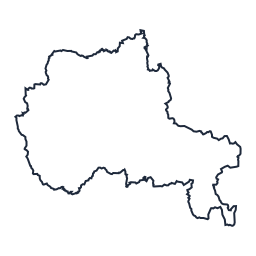 Meiktila, Mandalay, Myanmar
{"feature_id": "60261553B62690814577767", "entity_name": "Meiktila", "entity_type": "district", "adm_level": 2, "iso_a3": "MMR", "parent_name": "Myanmar", "parent_adm1": "Mandalay", "projection": "mercator", "projection_center": [96.117, 20.958], "detail": "fine", "context": "isolated", "style": "outline", "palette": "slate", "viewbox_px": 256, "rotation_deg": 0, "n_neighbors": 0, "source": "geoboundaries", "source_scale": "gbopen_adm2", "svg_char_len": 5756}
<svg xmlns="http://www.w3.org/2000/svg" viewBox="0 0 256 256"><path d="M42.9,184.3L43.7,184.6L46.8,183.5L47.6,185.0L50.4,186.8L50.9,187.9L53.8,188.9L54.1,189.7L56.6,189.3L58.9,188.1L59.8,188.3L60.9,187.8L61.4,187.0L62.8,186.8L63.3,187.1L63.0,188.0L63.8,188.7L63.4,189.0L63.9,189.1L63.9,189.8L64.8,189.8L65.0,190.6L66.0,190.7L66.4,191.4L67.6,191.4L68.4,193.4L69.1,193.5L70.6,191.8L71.6,191.8L71.2,192.3L71.3,193.7L72.4,194.3L76.2,193.1L76.2,192.0L76.9,193.3L78.3,192.6L78.2,191.6L79.3,191.2L79.6,190.2L79.0,188.2L80.2,188.1L81.0,187.2L81.1,185.4L82.8,184.2L84.3,184.4L85.7,181.0L88.4,180.4L88.6,179.4L89.9,178.0L91.4,178.3L92.0,176.3L92.8,175.9L93.0,173.4L93.9,172.8L94.2,171.5L96.5,170.6L98.5,167.7L100.1,167.6L101.6,168.5L103.5,167.7L104.8,168.1L105.4,169.3L106.4,170.1L107.1,171.9L110.8,173.9L112.0,174.1L113.2,173.0L118.8,173.2L119.0,172.6L120.2,172.6L123.2,170.0L124.1,170.2L124.6,169.6L125.4,171.5L125.4,174.0L126.5,174.5L126.0,174.8L126.7,175.5L126.6,176.9L127.1,178.2L126.1,183.9L126.5,185.5L126.2,186.5L126.9,186.9L127.5,186.7L128.0,185.1L130.2,183.8L130.4,183.3L129.7,182.6L130.9,182.2L135.5,182.5L136.3,183.5L139.1,182.1L139.9,180.4L143.5,179.9L143.3,178.0L144.6,176.8L145.4,177.0L145.3,180.3L146.5,181.2L148.1,178.0L150.6,177.2L153.4,180.7L153.0,183.1L153.6,184.6L153.2,185.0L153.5,186.4L154.1,186.5L160.6,186.1L162.1,186.4L164.4,184.6L166.7,185.4L168.3,185.3L169.5,183.9L171.0,183.6L171.5,182.9L174.9,183.9L176.7,181.1L177.4,181.6L182.2,182.4L183.8,185.0L189.1,181.6L189.8,179.8L193.0,180.4L192.7,182.8L191.4,183.8L191.7,187.4L189.4,189.2L187.3,190.0L187.5,190.9L188.6,192.6L187.1,194.2L189.6,195.7L189.6,196.4L188.3,197.8L189.5,198.7L188.3,201.2L188.4,202.1L189.1,203.3L190.2,207.8L191.4,209.0L191.3,210.5L193.0,214.5L194.1,215.6L195.2,216.0L196.5,217.6L197.6,218.1L199.3,217.4L200.5,218.0L203.5,218.0L207.7,219.2L208.5,218.4L208.3,214.5L211.0,208.3L212.0,208.1L213.2,208.5L215.0,207.3L217.5,208.2L220.3,206.9L221.9,209.8L222.4,214.7L224.8,219.5L225.4,225.0L227.3,224.5L228.8,225.3L229.8,224.8L232.1,225.8L232.8,225.7L234.2,224.5L234.7,222.4L234.2,213.0L235.7,209.9L236.0,206.1L233.6,206.2L231.0,209.1L230.8,210.3L228.8,210.1L227.7,207.8L228.3,207.0L228.0,205.2L227.2,204.5L223.5,204.2L222.2,203.7L221.2,202.6L220.4,200.8L219.7,200.4L218.5,196.5L217.3,195.0L215.7,194.0L215.1,190.7L213.8,187.7L214.2,187.1L213.7,186.0L213.1,185.6L213.2,184.7L216.2,184.7L217.4,183.2L217.5,182.5L217.1,181.6L218.1,179.4L216.6,178.7L216.2,177.3L218.0,174.5L221.9,172.4L222.1,171.6L221.0,169.0L224.8,166.8L227.7,165.7L230.3,167.7L236.6,166.7L238.3,166.1L238.4,160.9L238.0,159.8L238.5,157.9L237.4,156.8L238.0,155.9L239.2,155.5L240.5,153.8L240.6,148.8L240.2,146.9L237.0,144.3L235.4,142.1L234.1,143.3L232.9,143.7L231.1,143.3L230.0,143.5L228.7,139.4L226.9,136.0L224.5,136.1L222.6,138.4L220.9,138.7L218.8,140.1L217.1,138.6L213.6,137.8L212.0,136.8L212.0,134.8L210.7,131.4L209.8,131.2L208.3,132.2L207.2,132.0L206.0,133.1L203.5,134.4L202.9,134.3L202.3,133.0L201.3,132.4L201.2,131.4L199.5,130.9L196.5,131.7L193.6,131.3L191.7,129.6L184.4,126.0L180.5,126.2L178.3,125.8L176.1,123.5L173.9,123.3L174.5,121.7L174.3,119.9L173.5,118.6L172.4,118.2L169.4,118.7L168.3,117.9L168.2,114.6L167.5,113.4L167.5,111.9L166.2,110.5L166.0,109.5L167.7,107.7L167.7,106.7L167.0,105.0L165.4,103.6L168.5,102.0L168.7,101.3L170.7,99.8L171.1,98.4L169.5,93.0L168.2,91.0L168.4,89.8L167.8,88.0L170.0,83.6L169.5,82.6L168.6,82.7L168.8,81.4L169.3,81.2L167.6,77.8L168.7,76.6L168.7,75.4L167.5,72.5L164.5,69.4L164.2,68.5L161.7,67.3L161.1,66.3L160.6,63.8L158.3,64.5L158.2,65.2L159.3,65.7L159.1,68.1L157.8,70.3L156.5,71.0L155.1,71.0L152.7,69.5L152.3,70.4L149.8,70.8L149.6,70.1L147.9,69.5L148.3,68.6L147.4,66.5L147.8,65.8L147.2,62.8L147.6,61.7L147.0,58.5L147.1,56.5L147.9,56.6L148.4,55.3L146.5,51.1L146.6,49.1L145.8,49.8L145.5,49.3L145.9,48.6L144.6,48.2L144.5,47.3L145.8,46.5L146.6,46.5L147.8,45.5L147.0,44.7L147.3,43.8L146.6,42.1L146.7,40.5L146.3,39.5L144.8,38.0L143.4,37.8L144.2,37.0L144.0,35.8L144.7,35.3L144.2,34.2L143.9,30.9L140.5,30.2L140.7,31.6L141.3,32.0L140.9,33.1L141.6,33.5L138.7,34.5L136.2,34.2L135.1,35.1L134.8,37.4L134.3,38.4L133.5,38.3L132.5,39.0L130.6,38.7L129.1,37.4L127.6,37.2L126.7,38.9L122.1,40.7L122.9,43.1L119.9,42.7L119.7,46.2L117.8,48.4L117.7,51.4L116.2,52.1L116.2,51.0L115.4,50.2L114.8,50.9L113.7,50.6L111.3,52.9L110.3,52.5L110.2,51.7L109.6,51.3L108.8,51.7L107.8,51.3L107.5,50.3L106.4,49.7L106.4,50.4L105.3,50.4L104.0,51.1L103.8,50.1L102.7,50.2L102.7,49.4L102.1,48.8L101.5,49.1L101.3,50.0L100.0,50.4L99.9,51.5L100.5,52.0L98.8,51.6L98.5,52.4L97.3,52.2L95.7,54.2L93.6,54.2L92.4,55.6L87.0,56.6L87.6,58.0L87.0,58.2L84.0,56.8L82.9,55.8L81.5,55.5L80.9,56.0L79.3,55.3L77.5,54.2L76.3,52.5L71.5,51.4L71.2,50.9L67.4,51.0L63.0,50.0L61.3,51.1L60.5,50.5L55.2,51.5L54.3,51.0L51.7,54.5L52.2,54.9L49.1,56.6L49.5,57.8L48.8,58.3L48.7,60.6L48.0,61.5L47.6,63.5L46.6,64.7L45.5,68.5L46.4,70.7L45.7,71.8L45.8,72.8L46.7,75.2L47.8,76.1L48.2,77.4L48.0,78.7L48.7,79.7L46.0,84.3L43.8,84.8L42.1,83.4L41.2,83.2L40.6,83.3L40.1,84.5L35.4,84.1L34.4,84.5L34.3,88.2L33.8,88.5L31.5,88.5L30.8,87.8L29.5,87.7L28.1,89.0L28.2,89.9L27.7,89.9L25.5,88.3L25.7,94.7L26.1,95.5L24.5,97.2L23.7,98.8L25.2,102.1L27.1,103.3L27.7,106.0L27.2,108.8L28.1,109.1L28.4,110.2L25.4,112.8L24.4,112.5L23.5,113.4L23.0,113.2L23.3,113.8L22.8,113.8L22.1,115.0L22.9,115.1L22.9,115.5L21.1,115.4L19.4,116.1L18.8,115.6L17.0,115.5L15.4,116.8L16.5,118.0L16.4,120.1L17.8,126.6L17.8,128.7L18.5,129.5L18.8,131.0L21.6,134.8L22.9,135.1L25.4,137.0L25.4,139.0L26.5,141.6L26.5,145.7L24.7,148.4L24.7,149.2L26.6,150.2L28.0,151.7L27.7,154.7L26.3,156.6L27.6,158.4L30.3,165.9L31.0,166.1L31.3,167.9L32.5,169.1L33.3,170.6L32.9,173.3L33.5,174.1L37.3,173.9L37.8,175.0L39.7,175.8L39.8,178.7L40.6,180.5L41.9,181.8L42.9,184.3Z" fill="none" stroke="#1e293b" stroke-width="2"/></svg>